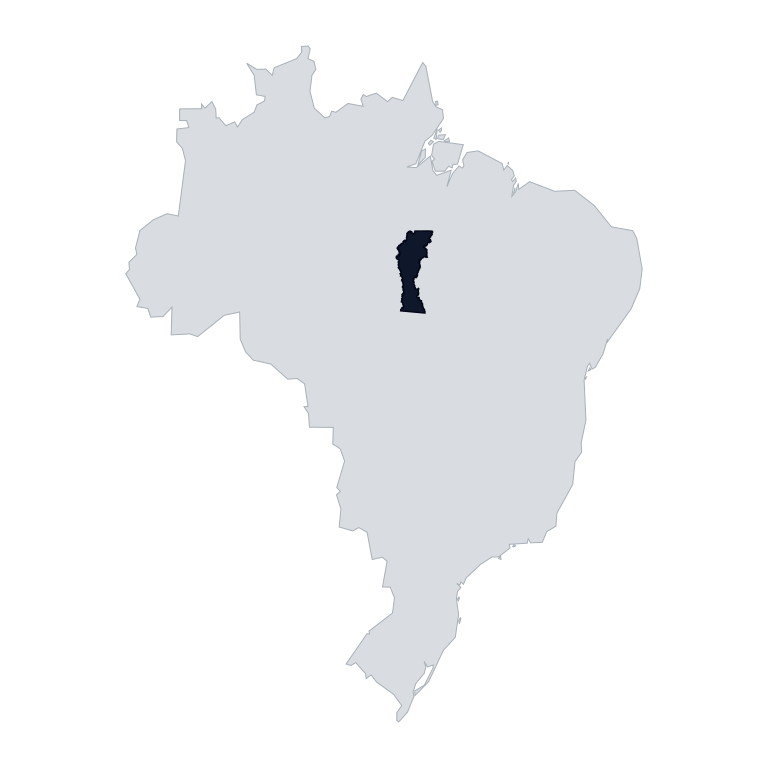 São Félix do Xingu, Pará, Brazil (highlighted)
{"feature_id": "56859067B65108742349990", "entity_name": "São Félix do Xingu", "entity_type": "district", "adm_level": 2, "iso_a3": "BRA", "parent_name": "Brazil", "parent_adm1": "Pará", "projection": "equal_earth", "projection_center": [-52.202, -7.461], "detail": "fine", "context": "in_parent", "style": "filled", "palette": "ink", "viewbox_px": 768, "rotation_deg": 0, "n_neighbors": 0, "source": "geoboundaries", "source_scale": "gbopen_adm2", "svg_char_len": 9557}
<svg xmlns="http://www.w3.org/2000/svg" viewBox="0 0 768 768"><path d="M218.9,117.6L225.9,125.7L234.7,121.8L237.5,127.0L242.4,119.6L254.2,112.1L256.9,104.9L264.5,101.0L265.1,96.4L256.4,94.8L254.2,75.5L246.7,63.2L256.8,69.4L265.8,69.1L272.2,75.4L274.1,67.8L296.7,58.6L301.7,52.2L301.4,46.4L308.2,46.1L310.2,48.9L308.0,58.6L313.9,61.3L315.9,69.3L311.9,75.5L310.0,91.4L314.3,108.2L324.9,117.9L329.5,116.5L331.8,111.1L335.8,112.3L348.0,103.5L363.2,106.3L360.9,99.1L363.3,94.5L366.3,96.5L376.3,93.1L387.5,101.6L392.3,97.4L402.9,100.5L422.7,62.5L425.9,66.4L432.6,101.3L436.0,106.8L442.6,109.8L443.4,118.6L432.1,135.4L425.1,140.9L415.9,163.7L406.9,167.0L416.3,167.6L430.3,156.1L433.0,170.7L436.7,175.3L451.2,170.2L446.9,186.7L452.5,173.5L459.1,165.9L462.4,168.1L463.9,165.8L462.6,159.8L467.0,152.5L478.2,150.9L502.1,163.5L503.8,170.0L507.2,165.5L512.8,170.5L514.3,175.9L511.4,179.7L512.6,181.6L515.6,178.0L516.3,181.5L513.6,185.2L511.8,196.4L515.6,191.8L518.4,183.4L518.8,189.4L529.6,181.7L554.7,191.3L574.7,190.3L594.3,205.6L611.4,226.8L632.8,230.7L636.8,238.5L642.2,269.0L639.7,288.9L631.1,308.9L607.5,341.8L607.5,339.2L602.9,354.1L595.4,367.2L592.0,369.2L589.6,363.3L587.4,366.3L584.1,380.3L585.9,420.1L581.2,443.0L581.6,452.2L575.0,461.7L572.7,484.5L556.9,513.2L555.9,526.2L546.8,531.6L542.2,542.4L530.6,542.8L528.2,538.7L527.2,543.2L509.2,544.3L510.0,548.0L498.4,557.0L492.0,556.9L480.5,564.4L466.2,577.9L463.4,584.3L460.9,581.9L459.9,584.8L456.7,583.5L460.9,587.4L457.5,591.6L456.4,598.7L458.6,614.3L455.3,637.3L443.4,650.3L428.7,681.5L415.0,695.5L414.7,690.9L424.4,685.1L433.0,668.1L433.2,665.0L427.5,666.9L424.1,661.4L425.9,666.9L424.3,673.2L415.8,683.6L413.1,691.8L413.9,696.4L407.5,712.2L398.8,721.9L396.8,720.5L396.8,712.7L401.7,705.6L393.9,694.6L376.4,681.9L371.1,674.9L366.2,678.6L365.6,673.7L355.7,662.6L351.0,665.5L346.1,664.0L367.0,633.8L369.5,634.0L369.0,631.1L392.5,613.0L394.5,598.0L390.2,587.1L382.5,587.0L387.1,561.2L382.2,557.2L372.2,559.5L367.1,532.3L358.8,527.6L352.6,530.9L339.2,527.0L340.9,509.1L336.5,494.7L340.3,491.5L336.8,487.5L344.6,461.0L340.2,448.8L332.8,444.0L333.3,427.4L309.5,427.2L308.5,413.4L304.0,406.7L308.0,406.6L304.6,383.8L297.1,378.5L287.8,379.2L270.9,364.1L253.2,360.1L245.6,351.9L240.2,339.1L239.7,312.0L224.2,315.3L197.7,336.6L189.7,333.9L171.2,334.9L172.0,307.1L163.0,316.5L150.7,317.1L147.9,308.4L136.9,306.6L139.9,299.2L125.8,273.8L129.5,269.4L128.9,262.2L136.9,254.4L135.5,247.9L139.9,230.6L153.6,219.6L167.3,213.7L178.3,216.0L185.5,160.6L182.4,148.4L176.6,141.8L176.9,129.0L188.8,127.6L186.7,120.6L179.6,120.5L179.6,108.9L201.7,108.7L201.5,104.0L204.9,108.2L212.0,101.6L215.7,109.0L216.2,118.2L218.9,117.6ZM438.8,141.4L463.3,144.7L457.5,164.1L453.0,164.5L452.2,167.9L448.6,166.3L444.7,171.2L435.4,171.2L432.0,161.5L434.5,159.0L431.6,155.5L433.5,144.2L438.8,141.4ZM417.9,164.9L421.6,150.9L425.5,149.0L425.2,157.6L417.9,164.9ZM445.5,134.6L443.2,139.8L437.6,138.6L438.5,135.2L445.5,134.6ZM437.2,128.8L436.2,139.5L433.8,138.4L437.2,128.8ZM449.4,141.4L445.9,141.9L444.3,141.0L448.7,137.9L449.4,141.4ZM433.5,141.7L429.8,145.2L428.4,143.4L430.9,140.2L433.5,141.7ZM440.1,132.4L438.4,130.2L441.3,128.0L441.6,130.0L440.1,132.4ZM438.1,104.8L436.0,105.3L435.6,101.4L437.6,101.2L438.1,104.8ZM459.4,623.8L458.7,620.6L460.3,617.7L460.8,618.5L459.4,623.8ZM500.5,555.7L501.0,559.4L498.6,558.6L500.5,555.7ZM458.4,600.9L457.4,599.0L459.0,597.0L459.5,597.9L458.4,600.9ZM515.0,189.4L513.5,193.5L515.0,187.8L515.0,189.4ZM590.6,369.8L588.2,370.9L589.8,367.8L590.6,369.8ZM515.6,545.8L513.2,547.0L512.7,546.3L514.2,544.6L515.6,545.8ZM586.5,377.0L585.5,379.1L585.0,377.8L586.5,377.0ZM508.5,161.9L508.6,164.1L507.9,163.8L508.5,161.9Z" fill="#d9dde1" stroke="#a8b0b8" stroke-width="1"/><path d="M400.7,310.8L424.8,313.0L424.7,312.7L424.9,312.5L425.0,311.7L424.6,311.4L424.5,310.7L424.6,310.1L424.5,309.8L424.1,309.6L424.1,309.4L423.7,309.3L424.0,309.0L423.8,308.7L423.4,308.3L423.2,307.9L423.0,307.5L423.1,307.3L422.8,307.1L422.8,306.7L422.6,306.6L422.4,306.2L422.7,305.4L422.7,305.1L422.4,304.8L422.5,303.8L422.3,303.7L421.9,302.8L421.6,303.0L421.7,302.7L421.6,302.3L421.2,301.8L421.4,301.1L421.4,300.8L420.9,300.9L420.4,300.5L420.2,300.6L419.9,300.4L420.0,300.1L419.6,299.9L419.5,299.6L419.0,299.0L419.2,298.4L419.1,297.6L419.0,297.4L418.5,297.3L417.4,297.7L416.6,296.8L416.7,296.0L417.9,295.3L418.5,294.5L418.5,294.3L418.3,294.2L418.6,293.6L418.6,292.4L418.3,292.1L418.4,291.9L418.1,291.4L418.5,289.7L418.7,289.3L418.6,288.5L418.5,288.4L417.5,289.2L417.1,289.2L416.7,289.5L416.4,289.5L416.2,289.1L415.7,289.2L415.3,288.9L415.2,287.7L414.9,287.7L414.6,287.2L414.6,286.9L414.7,286.1L414.6,285.9L414.7,285.5L414.1,284.8L413.9,283.8L413.7,283.7L413.9,282.7L413.7,282.7L413.5,282.3L413.8,281.4L413.4,281.2L413.5,281.0L413.3,280.3L413.5,280.0L413.4,279.6L413.6,279.7L413.9,279.3L413.8,279.1L413.7,278.4L413.9,278.4L414.0,277.8L414.3,277.5L414.3,277.2L414.5,277.3L414.5,277.2L415.0,277.1L415.1,276.9L415.4,277.0L415.7,276.8L415.7,277.1L415.9,277.1L415.8,277.4L416.1,277.6L416.4,277.3L416.3,277.0L416.5,276.8L417.0,276.5L417.1,275.9L417.3,275.5L417.0,275.4L417.2,275.1L417.2,273.7L417.4,273.9L417.4,273.3L417.7,272.7L418.0,272.5L418.1,271.6L418.7,270.5L418.8,270.1L418.5,269.9L418.9,269.4L418.9,269.1L419.1,269.0L418.9,268.8L419.1,268.3L419.3,268.3L419.6,267.9L419.9,267.8L419.8,267.7L420.1,267.3L420.2,266.6L420.0,265.9L420.1,265.4L420.0,265.0L419.5,263.8L419.0,263.2L419.2,262.7L419.7,262.7L419.8,262.4L419.7,262.1L419.3,262.3L419.7,261.6L419.7,261.3L419.2,261.1L419.2,260.3L420.0,260.5L420.6,259.9L420.9,259.5L421.1,259.4L421.0,259.0L421.1,258.3L421.3,258.4L422.1,257.6L422.5,257.8L422.5,257.6L423.0,257.5L424.6,256.4L424.9,256.4L425.2,256.9L425.6,257.2L426.5,257.1L426.8,257.3L427.2,257.2L426.9,256.7L427.0,256.3L426.8,255.9L426.9,255.3L426.6,255.2L426.6,254.8L426.4,254.5L426.7,254.3L426.9,253.8L427.0,253.0L426.7,252.8L426.8,252.1L426.4,251.9L426.2,251.3L426.3,250.9L426.7,250.9L426.9,249.8L426.2,249.2L425.9,249.4L425.9,249.1L425.6,249.2L425.1,248.0L424.0,247.0L423.8,247.2L423.6,247.1L423.6,246.7L424.1,245.6L424.6,245.5L425.1,246.0L425.6,246.1L425.8,246.0L425.7,245.8L425.9,245.5L426.5,245.5L426.7,245.3L426.7,244.8L427.2,244.7L427.4,243.9L427.4,243.5L427.3,243.1L427.7,242.3L428.0,242.3L428.1,242.0L428.3,242.0L428.4,242.3L428.8,242.3L429.0,242.5L429.3,242.3L429.6,242.6L430.0,242.3L429.8,242.1L429.9,241.8L429.9,241.5L430.2,241.1L430.1,240.7L430.8,241.0L430.4,239.6L429.8,239.6L429.4,239.3L429.5,238.4L429.4,238.0L429.5,237.7L430.5,237.1L430.3,236.1L430.6,236.0L430.9,235.7L431.3,235.7L431.6,235.5L431.5,234.2L431.8,233.8L432.1,233.9L431.8,232.6L431.9,232.3L432.5,232.3L432.5,231.5L432.1,231.5L431.9,231.3L431.6,231.3L431.3,231.1L430.7,231.5L430.2,231.2L430.1,231.3L429.9,231.0L415.0,231.1L414.6,232.2L414.7,232.4L414.7,232.8L414.2,233.2L414.1,233.6L414.1,234.0L414.2,234.7L413.8,234.1L413.3,233.7L413.0,233.8L412.3,233.2L411.9,233.3L411.9,233.0L412.0,232.4L411.7,231.8L411.1,231.6L410.7,232.0L410.3,231.7L410.2,231.3L410.0,231.1L409.4,232.0L409.2,231.9L409.1,232.3L408.6,232.5L408.4,232.5L408.2,232.2L408.0,232.6L407.6,232.7L406.9,233.7L407.0,234.3L407.2,234.7L407.0,235.0L407.1,235.5L406.7,236.0L406.8,236.3L406.8,236.8L406.5,237.5L406.6,238.7L406.4,239.3L406.5,240.0L406.4,240.2L405.8,240.5L405.9,240.8L405.4,241.3L404.7,240.6L404.6,240.9L404.3,241.1L404.1,240.8L403.8,240.9L403.5,241.5L403.2,241.6L403.4,242.0L403.3,242.4L403.1,242.6L402.8,243.4L402.3,243.5L402.0,243.9L401.7,244.0L401.4,244.1L401.3,243.7L401.0,243.9L400.7,244.4L400.6,244.8L400.5,245.1L400.4,245.0L399.9,245.4L399.6,245.1L399.2,245.3L399.2,245.6L398.8,245.8L398.9,246.5L398.3,246.8L398.2,247.1L397.9,247.0L397.6,247.2L397.4,247.6L397.3,247.9L397.5,247.9L397.5,248.2L397.8,248.2L397.9,248.5L397.8,249.3L398.4,249.1L398.7,250.3L398.9,250.7L398.9,250.9L399.1,250.9L399.0,251.3L399.5,251.5L399.3,252.2L399.7,252.2L399.7,252.5L399.9,252.8L399.9,253.3L399.6,253.7L400.0,254.3L399.9,254.6L399.6,254.5L399.6,254.8L399.4,254.8L399.4,255.1L399.0,254.4L398.6,254.5L398.4,254.3L398.2,254.6L398.3,255.0L397.5,256.7L397.1,256.1L396.8,256.0L396.6,256.1L396.3,256.8L396.4,257.2L396.3,257.4L396.4,258.0L396.6,258.4L396.9,258.1L397.2,258.9L397.6,259.0L397.9,259.5L399.0,259.9L399.3,260.7L398.6,261.5L398.5,261.9L398.2,262.1L398.8,263.0L398.3,264.4L398.5,265.1L398.4,265.2L399.1,266.0L399.1,266.4L398.3,267.4L398.3,267.6L398.5,267.8L398.5,268.0L398.9,268.2L399.4,269.2L400.2,270.0L400.3,270.3L400.1,270.7L400.5,271.0L400.7,270.8L400.9,270.9L400.8,271.9L401.2,272.4L400.6,273.6L400.2,273.8L400.5,274.1L400.4,274.4L400.6,274.8L400.8,274.7L401.0,275.0L400.8,275.6L401.0,275.5L401.1,276.0L401.6,276.0L402.1,276.8L402.0,277.3L402.2,277.5L402.5,278.0L402.6,278.6L402.1,279.1L402.2,279.5L401.7,279.8L401.6,280.2L402.2,280.6L402.1,281.0L402.3,281.6L402.7,281.5L402.9,282.1L402.7,282.2L403.1,283.1L402.9,283.8L403.4,284.5L403.2,285.2L403.4,285.6L402.9,285.9L402.8,286.5L402.4,286.9L402.6,287.1L402.8,287.8L403.2,287.8L403.2,288.6L403.8,289.3L403.7,289.4L403.2,289.3L403.1,289.5L403.1,290.2L403.5,290.4L403.7,290.7L403.6,291.2L403.9,291.8L403.8,292.2L403.8,292.8L403.5,292.7L403.2,293.2L403.4,293.4L403.1,293.8L403.5,294.1L403.4,294.6L402.4,294.1L402.0,294.6L402.0,295.0L402.3,295.4L402.2,295.7L402.4,295.6L402.6,296.5L402.3,298.0L401.7,298.6L401.9,298.9L401.8,299.4L401.9,299.9L402.3,300.5L402.0,300.7L401.9,301.0L401.6,301.1L401.7,301.3L401.4,301.4L401.4,301.9L402.2,302.1L402.9,303.3L402.8,303.7L402.8,304.0L403.5,306.2L403.3,306.8L403.5,307.3L403.1,307.5L402.9,307.3L402.5,307.8L401.9,307.8L401.7,308.8L400.9,309.3L400.7,310.8Z" fill="#0f172a" stroke="#020617" stroke-width="1.5"/></svg>